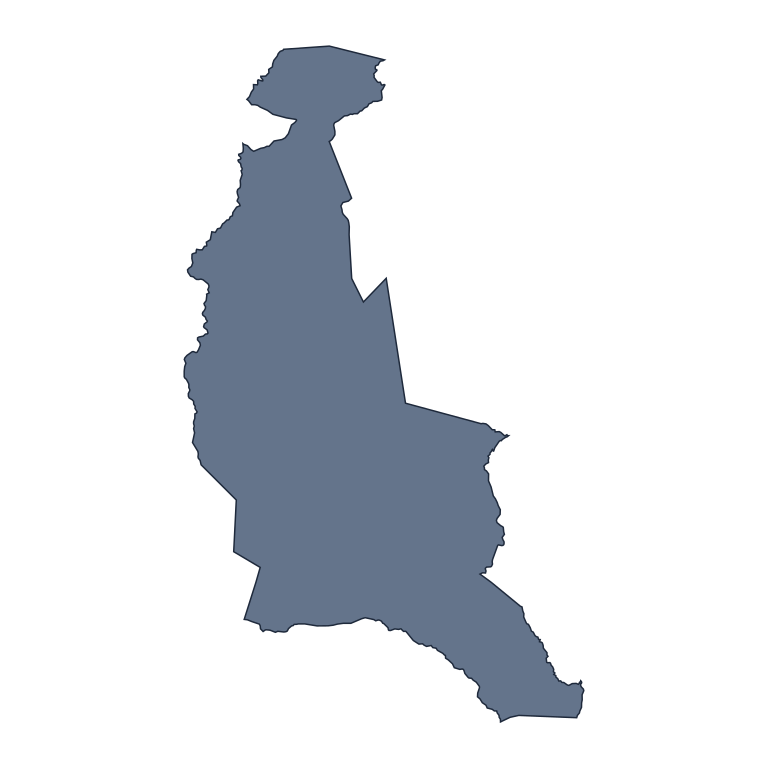 Intibuca, Intibucá, Honduras (Mercator projection)
{"feature_id": "27666195B5918981797779", "entity_name": "Intibuca", "entity_type": "district", "adm_level": 2, "iso_a3": "HND", "parent_name": "Honduras", "parent_adm1": "Intibucá", "projection": "mercator", "projection_center": [-88.141, 14.453], "detail": "fine", "context": "isolated", "style": "filled", "palette": "slate", "viewbox_px": 768, "rotation_deg": 0, "n_neighbors": 0, "source": "geoboundaries", "source_scale": "gbopen_adm2", "svg_char_len": 6080}
<svg xmlns="http://www.w3.org/2000/svg" viewBox="0 0 768 768"><path d="M246.9,99.4L248.5,100.6L251.6,104.7L255.0,104.7L257.8,105.4L260.2,107.1L267.5,110.4L272.9,114.3L286.5,117.9L295.8,119.4L296.4,119.7L296.5,120.5L294.9,122.5L291.5,125.0L288.4,133.7L285.2,137.8L282.1,139.5L274.0,141.0L269.1,146.3L266.9,146.3L264.3,147.6L260.7,148.3L253.7,151.3L251.0,149.6L247.5,145.7L243.7,144.3L242.9,143.6L243.3,148.2L243.1,151.8L241.6,153.3L238.7,154.3L238.8,155.5L240.6,157.2L240.9,158.4L240.4,159.3L238.2,159.9L238.0,160.4L238.6,161.8L240.6,163.6L241.2,166.9L242.2,168.4L241.9,170.1L241.1,170.7L242.2,174.4L240.2,180.4L240.5,184.6L240.3,186.9L240.0,187.7L237.7,189.5L237.1,191.6L237.4,193.7L238.6,197.4L237.2,200.4L237.2,201.2L239.4,203.7L240.1,205.7L236.6,207.1L232.9,212.5L232.4,215.8L230.3,216.7L229.1,219.5L228.4,219.9L227.0,220.0L223.9,223.1L222.6,223.9L220.5,228.0L217.5,228.8L215.4,232.4L211.8,231.8L210.3,239.7L206.3,242.2L206.8,245.1L206.6,246.0L204.4,246.4L202.3,249.8L199.8,249.9L196.7,249.3L196.3,250.2L196.1,252.7L193.0,253.6L192.0,254.3L191.9,258.6L192.8,262.9L191.4,266.5L189.0,268.1L187.5,269.8L187.9,272.2L190.6,276.2L193.5,276.9L195.0,278.4L196.5,279.4L198.7,279.5L200.9,279.1L203.1,279.8L208.2,284.0L208.9,285.6L208.9,287.0L207.8,289.7L209.2,292.8L206.6,294.2L206.8,295.4L206.2,300.6L204.0,303.5L204.5,305.2L205.5,306.6L205.4,308.4L204.4,310.4L202.8,312.3L202.4,313.7L202.8,315.1L205.4,317.2L206.1,319.5L207.4,321.0L207.1,321.8L204.3,324.0L203.6,326.7L204.1,327.6L207.1,329.9L208.0,333.0L207.5,333.8L205.4,334.1L203.3,336.1L199.0,337.0L197.6,337.8L197.5,339.8L199.9,342.8L200.4,345.2L198.5,349.8L197.1,352.2L196.0,352.6L193.4,351.6L192.2,351.7L187.0,355.4L184.9,357.8L184.3,359.5L185.9,363.3L184.7,366.6L184.2,371.2L184.2,376.7L184.7,377.9L186.4,379.4L188.5,383.3L188.9,384.7L188.8,387.5L189.8,389.7L189.7,390.8L188.3,393.6L188.4,396.3L189.2,398.0L192.2,399.8L193.6,401.3L193.7,404.0L195.2,406.4L195.0,408.5L197.1,411.8L196.5,413.1L194.9,413.9L194.8,418.5L193.6,421.8L193.6,423.7L194.3,426.0L193.6,428.6L194.6,432.8L192.5,442.5L197.9,451.4L198.3,453.9L198.0,456.9L198.3,458.2L200.1,460.4L201.1,464.8L236.3,500.0L233.7,551.7L260.2,567.4L255.9,582.4L244.2,619.4L247.4,619.8L251.9,621.6L259.3,624.1L260.2,625.8L260.5,628.8L263.1,631.5L265.4,629.9L266.5,629.8L270.1,630.2L275.4,632.3L277.8,631.3L283.9,632.0L286.0,631.7L287.3,631.0L288.5,628.6L291.6,625.9L293.1,625.6L294.1,624.4L296.6,624.3L298.4,623.9L304.7,623.9L317.0,625.9L328.0,625.8L333.2,625.2L337.4,624.1L343.4,623.3L350.9,623.3L361.7,618.7L365.2,617.7L373.9,619.6L375.7,620.8L378.2,620.0L379.6,620.2L381.5,621.2L382.7,623.2L383.7,623.5L388.0,627.7L388.4,629.8L388.9,630.4L390.6,630.5L394.8,628.9L398.6,629.4L400.9,628.8L403.5,631.4L405.4,631.3L406.1,631.6L413.3,640.5L418.9,644.1L422.6,643.8L424.0,645.1L426.5,646.4L431.2,645.5L432.8,647.6L436.1,648.2L437.5,650.4L442.8,653.3L444.4,655.0L445.4,655.4L445.6,658.2L448.3,659.9L452.5,663.8L454.3,667.7L459.8,669.4L462.2,669.0L463.3,669.4L463.9,670.3L464.9,673.5L468.1,677.4L468.9,678.0L471.6,678.3L473.1,680.1L476.3,682.2L479.4,686.4L479.5,687.7L477.7,693.1L477.5,696.8L480.0,698.9L482.3,702.7L486.0,705.2L487.2,708.0L492.2,709.3L494.3,710.9L496.7,711.0L497.2,712.9L499.0,715.3L499.2,717.4L500.4,719.1L500.5,721.9L510.1,717.3L518.8,715.4L576.7,717.7L577.4,715.4L579.4,713.0L579.8,711.1L581.5,707.4L581.6,702.9L582.2,699.9L582.1,694.8L583.8,690.7L583.4,689.1L581.3,686.9L580.7,685.6L580.6,683.8L581.2,683.6L581.7,682.8L581.4,681.5L580.7,680.8L580.6,681.6L579.5,682.3L579.1,683.5L578.3,684.3L576.2,683.4L572.2,683.6L568.9,685.4L567.4,685.0L563.8,682.5L561.8,682.4L560.7,680.9L558.8,681.0L557.7,678.6L555.9,677.1L555.8,675.5L553.8,674.5L554.9,673.0L553.4,671.7L553.7,669.3L552.6,666.8L551.2,665.3L550.5,663.2L549.9,662.6L547.4,662.7L546.7,662.3L546.2,658.2L548.0,656.3L547.0,655.0L547.0,652.7L543.4,648.2L543.1,645.2L542.3,642.9L541.6,642.3L539.5,641.7L540.2,639.6L538.6,639.5L537.9,637.1L536.3,636.6L535.0,635.6L533.3,632.2L531.4,631.1L530.2,627.6L528.6,624.7L528.2,624.2L527.0,623.9L526.3,623.0L523.7,617.0L523.9,613.7L522.8,611.0L522.0,606.9L520.3,606.2L491.2,582.3L480.0,574.1L482.5,572.8L485.5,573.0L486.0,571.0L485.3,568.8L485.4,568.2L486.6,567.1L490.8,566.8L491.6,566.1L492.5,564.1L492.2,561.8L492.5,559.7L497.7,545.4L498.5,544.9L501.7,545.6L502.9,545.4L503.8,544.6L504.1,543.1L504.0,541.7L502.7,539.3L502.2,537.3L504.4,534.4L503.7,531.8L503.3,527.5L502.9,526.9L500.6,525.6L497.0,522.6L496.4,520.4L497.1,518.4L500.1,514.4L500.3,509.7L498.2,505.6L497.2,502.5L495.4,498.8L493.3,495.9L491.1,487.0L488.5,480.9L488.6,473.9L486.5,471.0L484.5,469.6L484.4,467.7L483.8,466.2L485.8,464.0L488.5,462.6L488.3,460.0L488.9,457.7L488.0,456.1L490.0,454.4L490.0,453.0L491.3,451.5L492.2,449.6L492.4,449.4L493.3,451.1L493.7,451.0L494.8,447.7L499.2,441.3L500.2,440.6L501.4,440.7L502.3,439.5L505.5,437.4L507.2,436.8L508.5,435.7L507.6,435.7L506.9,434.7L505.2,435.7L504.5,435.7L500.8,432.4L499.2,431.6L495.2,431.9L494.8,429.8L492.2,429.7L488.3,425.6L486.0,423.9L482.9,423.4L481.1,423.7L405.5,403.2L386.2,278.3L363.4,302.0L351.7,278.5L349.1,234.7L349.3,226.7L348.8,222.9L348.2,220.3L347.2,218.7L343.2,214.3L342.3,212.3L342.0,209.7L340.9,205.9L342.9,202.5L348.4,201.1L351.6,198.2L329.2,141.5L330.7,140.6L332.3,139.1L334.9,134.9L334.9,131.3L333.7,125.3L334.0,123.8L334.8,122.6L338.5,120.7L344.4,115.9L347.6,115.6L350.4,114.1L352.5,114.4L353.9,113.7L357.5,113.7L360.1,111.1L361.7,110.8L364.4,108.0L367.4,106.6L368.9,103.9L371.6,102.8L372.9,101.4L377.6,101.3L381.6,100.0L382.1,97.5L381.3,90.7L382.6,89.3L384.9,85.0L384.1,84.5L382.8,85.0L381.5,84.9L380.3,82.2L378.2,82.4L377.3,81.8L374.0,77.3L374.2,75.8L373.7,73.9L376.9,70.5L376.7,69.6L375.7,69.5L375.3,68.9L375.2,67.3L375.6,65.8L378.2,64.8L378.8,63.3L380.3,61.2L383.1,60.7L384.5,59.9L329.3,46.1L283.6,49.3L282.9,50.4L280.3,51.3L279.0,52.7L278.2,53.7L277.2,56.2L273.9,60.3L272.7,63.9L272.4,66.9L268.7,69.4L268.9,72.8L265.7,76.1L260.8,76.3L260.9,77.4L262.8,79.8L262.8,80.8L262.2,81.0L258.2,79.8L257.6,80.8L257.8,83.6L257.4,84.8L253.5,84.6L253.6,89.0L251.3,92.2L249.5,96.6L246.9,99.4Z" fill="#64748b" stroke="#1e293b" stroke-width="1.5"/></svg>